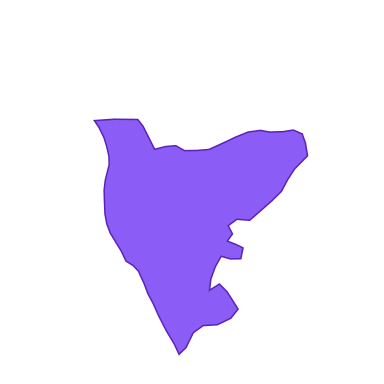 Olinda, Pernambuco, Brazil (orthographic projection), rotated 137°
{"feature_id": "56859067B62433131631908", "entity_name": "Olinda", "entity_type": "district", "adm_level": 2, "iso_a3": "BRA", "parent_name": "Brazil", "parent_adm1": "Pernambuco", "projection": "orthographic", "projection_center": [-34.866, -7.998], "detail": "fine", "context": "isolated", "style": "filled", "palette": "violet", "viewbox_px": 384, "rotation_deg": 137, "n_neighbors": 0, "source": "geoboundaries", "source_scale": "gbopen_adm2", "svg_char_len": 1017}
<svg xmlns="http://www.w3.org/2000/svg" viewBox="0 0 384 384"><g transform="rotate(137 192 192)"><path d="M312.2,82.1L302.4,82.3L287.1,88.2L275.0,86.7L263.9,77.6L249.7,73.2L238.2,74.9L236.5,83.5L234.4,95.1L234.7,106.0L246.2,108.2L237.4,115.6L225.8,121.5L214.5,125.1L209.5,116.8L201.8,109.9L192.8,116.3L195.8,124.1L199.7,132.0L191.0,133.7L188.5,142.7L177.8,141.4L169.1,132.0L154.3,131.5L139.0,131.1L126.1,131.5L113.6,135.8L101.1,138.9L82.8,139.7L75.6,150.5L71.8,159.3L75.6,168.2L84.1,173.9L94.3,182.8L99.9,190.4L110.1,197.6L122.6,202.4L134.6,206.2L150.5,211.5L160.3,219.2L169.3,227.4L172.3,237.0L180.5,243.4L190.2,248.7L186.0,263.0L183.0,273.3L182.2,282.0L199.3,298.3L214.7,310.8L216.0,302.6L219.3,291.8L223.2,283.7L228.3,274.9L233.9,268.5L247.2,259.9L254.9,253.4L262.2,245.1L270.7,235.2L275.9,227.1L279.7,218.0L281.9,207.6L284.0,197.3L287.4,186.4L285.2,178.3L285.2,170.4L289.6,157.4L293.7,147.5L296.4,137.2L300.7,124.6L305.4,108.1L308.7,92.7L312.2,82.1Z" fill="#8b5cf6" stroke="#5b21b6" stroke-width="1.5"/></g></svg>